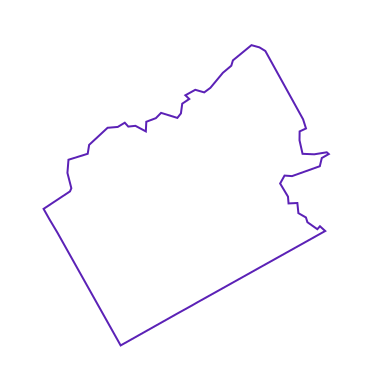 Bear Lake, Idaho, United States of America, rotated 61°
{"feature_id": "52423323B15127736824866", "entity_name": "Bear Lake", "entity_type": "district", "adm_level": 2, "iso_a3": "USA", "parent_name": "United States of America", "parent_adm1": "Idaho", "projection": "orthographic", "projection_center": [-111.379, 42.301], "detail": "fine", "context": "isolated", "style": "outline", "palette": "violet", "viewbox_px": 384, "rotation_deg": 61, "n_neighbors": 0, "source": "geoboundaries", "source_scale": "gbopen_adm2", "svg_char_len": 932}
<svg xmlns="http://www.w3.org/2000/svg" viewBox="0 0 384 384"><g transform="rotate(61 192 192)"><path d="M291.6,328.8L291.2,264.3L291.2,261.4L291.2,246.0L291.1,240.4L291.0,201.1L290.9,169.7L290.7,98.5L290.7,94.4L284.0,96.7L285.3,100.4L274.4,105.7L269.5,104.7L262.1,109.2L252.7,105.2L248.8,113.1L242.6,110.3L227.3,110.8L222.5,103.1L226.6,96.8L231.4,67.7L225.2,62.0L225.1,54.0L222.6,54.9L218.3,66.8L212.2,76.8L198.9,72.9L191.2,68.5L191.7,61.5L182.3,59.6L104.2,59.5L98.2,62.9L92.4,68.8L96.7,92.4L100.6,96.4L102.7,107.2L109.8,125.4L110.8,133.0L104.2,139.6L104.2,150.9L109.3,149.3L110.0,157.7L117.9,163.6L120.1,168.9L107.8,180.7L109.9,187.8L108.4,197.9L116.6,203.0L106.7,209.4L103.9,216.0L98.8,217.2L99.1,225.4L94.9,234.7L100.9,259.1L108.0,264.7L103.9,284.4L114.9,291.7L130.2,295.7L132.3,298.4L134.8,330.0L135.0,330.0L147.2,329.9L162.8,329.4L164.4,329.4L166.1,329.4L291.6,328.8Z" fill="none" stroke="#5b21b6" stroke-width="2"/></g></svg>